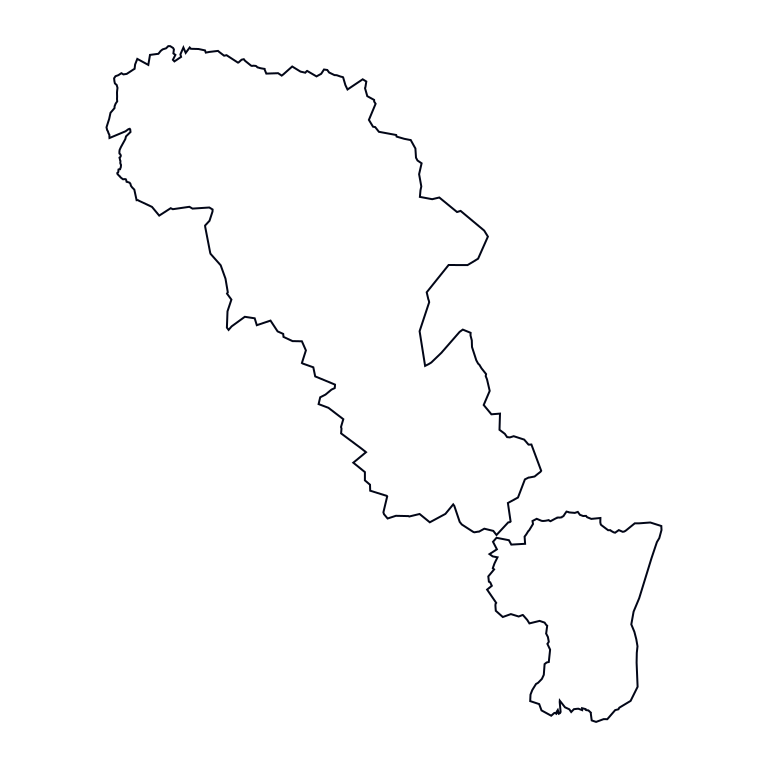 Kauru, Kaduna, Nigeria (Albers equal-area conic projection)
{"feature_id": "59680162B79526209894783", "entity_name": "Kauru", "entity_type": "district", "adm_level": 2, "iso_a3": "NGA", "parent_name": "Nigeria", "parent_adm1": "Kaduna", "projection": "albers", "projection_center": [8.254, 10.219], "detail": "fine", "context": "isolated", "style": "outline", "palette": "ink", "viewbox_px": 768, "rotation_deg": 0, "n_neighbors": 0, "source": "geoboundaries", "source_scale": "gbopen_adm2", "svg_char_len": 5964}
<svg xmlns="http://www.w3.org/2000/svg" viewBox="0 0 768 768"><path d="M484.2,230.6L460.6,210.9L457.0,212.0L439.3,197.5L432.2,199.2L419.9,196.9L420.5,190.2L421.3,186.5L421.3,186.4L419.1,174.2L421.6,163.3L417.5,160.5L416.0,157.7L415.4,148.4L415.2,148.1L414.4,146.7L410.7,140.0L409.7,139.9L404.2,138.8L396.6,136.6L396.2,135.0L378.9,131.8L375.2,127.1L373.0,126.7L368.9,119.9L375.6,103.8L374.2,101.6L374.1,99.9L367.3,96.2L365.0,88.1L365.4,87.2L366.3,81.5L362.7,79.3L347.5,89.5L345.4,85.1L343.1,77.3L342.4,77.0L340.7,76.6L336.7,75.2L334.5,75.1L329.1,72.5L327.3,70.0L324.0,69.5L321.2,73.8L316.5,76.4L307.1,70.9L306.9,71.0L306.3,71.6L306.2,71.7L305.3,72.7L300.5,71.6L292.2,66.5L283.3,74.4L281.7,75.6L278.1,73.2L266.3,73.6L264.7,69.7L264.6,68.9L262.7,68.6L261.5,68.4L259.7,68.0L258.2,67.5L257.5,67.4L257.2,67.1L257.0,66.9L256.8,66.7L256.6,66.5L256.4,66.3L256.1,66.1L255.6,65.9L253.4,65.7L252.1,65.9L251.5,65.8L250.9,65.5L245.3,61.0L244.8,60.5L243.8,59.2L241.6,59.7L238.5,62.5L237.9,62.6L227.0,55.5L226.6,55.2L224.1,55.7L219.4,52.1L218.0,50.9L209.6,51.9L205.8,52.6L205.0,50.4L198.5,49.0L190.9,48.8L189.7,47.5L185.7,52.9L183.4,47.5L180.4,54.4L181.1,56.9L174.4,61.4L172.9,59.8L175.4,54.9L173.4,53.4L173.9,49.4L173.1,48.0L171.4,46.9L170.1,46.1L168.3,46.1L168.2,46.2L166.1,48.3L162.6,49.4L160.6,51.0L158.4,53.8L150.0,54.9L148.3,64.9L137.3,58.9L135.1,64.5L134.6,68.8L133.1,69.7L131.0,71.1L126.7,73.9L123.4,74.4L121.6,73.3L121.4,73.2L118.3,75.2L115.5,76.2L114.1,78.3L114.4,81.1L114.9,83.4L116.7,85.0L117.5,87.9L117.2,90.1L117.0,92.5L117.1,96.9L117.0,99.0L117.2,101.4L115.7,103.5L114.6,106.2L114.5,108.1L110.5,112.8L109.2,118.8L106.5,127.3L106.8,128.6L107.2,130.2L107.9,131.3L108.5,133.2L109.4,134.9L109.4,136.5L109.5,138.0L125.5,131.3L128.4,129.2L129.7,128.8L130.2,129.4L130.5,132.0L126.0,136.4L125.3,139.1L120.8,147.3L119.6,150.0L119.4,151.8L119.4,153.2L119.5,153.6L120.2,154.2L120.6,154.9L120.8,155.6L120.6,156.5L120.2,157.1L119.5,157.6L119.6,158.2L119.9,158.9L120.0,160.1L120.4,160.8L120.4,161.8L120.3,162.7L120.4,163.7L120.9,164.5L121.0,165.3L120.9,166.1L120.8,167.2L120.4,168.2L120.1,169.2L119.3,169.2L118.5,169.5L118.4,170.3L118.4,171.4L118.1,172.4L117.4,172.8L117.3,173.5L117.6,174.2L118.4,175.0L119.0,175.7L119.8,176.3L120.3,177.1L121.7,178.3L123.1,179.3L124.4,179.1L125.7,179.2L126.2,180.1L126.6,181.8L127.9,182.1L129.6,182.7L130.5,184.0L130.9,185.7L132.1,187.4L134.3,189.6L136.6,200.2L137.8,200.1L139.2,200.9L152.0,206.9L159.2,215.6L170.7,208.2L172.8,209.2L189.4,206.8L192.5,208.6L209.3,207.5L212.6,209.5L212.5,211.6L209.5,220.8L205.1,225.5L205.2,226.9L210.2,252.8L210.6,253.9L220.7,265.3L225.5,278.7L227.8,292.3L227.0,293.6L231.4,299.6L227.5,311.3L226.9,327.6L228.6,329.9L231.6,326.4L244.8,316.8L254.7,318.3L256.8,325.2L270.5,320.6L277.6,331.4L283.2,333.9L283.5,336.9L292.5,341.1L301.9,341.3L305.9,350.4L301.9,363.0L302.6,363.5L313.3,367.3L315.2,376.4L335.0,384.6L334.9,386.7L334.7,388.1L331.5,389.6L325.5,394.6L320.2,397.3L318.6,404.1L328.4,407.8L343.3,419.2L341.0,427.0L341.5,428.6L341.1,433.4L362.0,449.0L366.0,452.2L353.3,462.7L364.9,472.1L364.9,480.4L370.0,484.7L370.2,490.7L386.8,495.9L387.2,496.4L383.4,512.3L384.0,514.2L387.6,518.5L395.9,515.8L408.5,516.1L409.2,516.5L419.6,514.0L429.8,522.3L445.4,513.9L453.2,504.4L454.3,505.9L459.7,521.9L461.8,524.5L473.4,532.0L474.4,532.3L478.4,531.6L478.9,531.7L484.3,528.7L493.3,530.9L496.5,535.0L508.2,522.4L509.9,522.1L510.6,521.5L507.9,503.0L518.0,497.5L524.9,479.4L528.7,477.5L529.4,477.5L534.6,476.5L537.8,473.9L540.4,471.9L541.2,470.8L531.4,444.5L529.8,444.6L528.5,444.6L524.2,439.6L513.7,436.2L509.9,437.4L507.1,437.1L504.8,433.8L499.5,429.8L500.0,413.6L491.4,414.3L483.7,405.0L489.7,390.9L487.0,379.3L485.7,376.1L486.1,374.1L481.5,368.3L479.7,365.3L479.5,364.9L478.1,363.6L476.3,360.3L472.0,347.0L471.9,343.8L471.8,340.4L470.5,335.4L470.6,332.8L462.8,329.6L459.6,331.9L441.9,352.2L441.8,352.4L431.3,362.5L428.7,364.1L425.1,365.9L419.6,331.2L429.2,302.2L428.8,300.5L428.3,299.2L426.7,292.3L448.6,265.0L449.2,265.0L467.5,265.1L478.1,258.7L487.9,236.6L484.2,230.6ZM496.5,537.8L493.0,541.8L496.9,549.3L489.5,554.1L492.7,556.4L497.5,557.3L494.5,563.4L492.8,568.2L494.1,569.4L488.3,576.4L488.9,581.7L490.2,582.3L491.8,585.8L487.1,589.6L496.2,602.9L495.6,603.7L495.5,604.4L495.4,605.1L495.5,607.1L495.8,610.8L502.8,617.0L510.9,614.1L518.7,616.5L522.6,615.0L522.9,615.1L523.0,615.1L527.2,619.9L529.4,623.4L539.6,620.9L544.6,622.6L546.2,624.9L547.2,625.7L546.2,633.2L546.1,633.5L547.9,637.0L548.8,641.8L547.4,643.9L550.0,649.4L550.1,649.7L548.8,662.0L546.6,662.5L544.6,664.1L543.8,674.8L541.9,678.9L538.1,682.8L536.0,684.0L532.3,690.0L530.5,694.6L530.2,701.1L539.2,704.1L541.5,710.4L551.2,715.7L554.3,713.0L555.4,712.8L556.3,713.8L557.2,712.9L556.9,711.4L557.8,710.0L558.9,713.7L560.0,713.1L560.3,712.6L560.6,711.9L559.7,702.0L559.8,700.7L565.0,707.3L569.3,709.3L571.2,712.0L573.9,709.2L576.2,708.9L578.3,708.7L579.1,709.0L582.1,710.1L582.1,708.2L585.6,709.1L585.7,709.8L586.2,710.1L588.4,710.4L590.9,712.7L590.8,713.6L591.7,720.4L591.9,720.5L596.1,721.9L603.7,719.1L607.3,719.2L615.2,710.1L618.4,709.3L619.3,707.7L621.1,706.6L630.6,700.9L637.6,686.8L636.6,662.6L636.8,652.8L637.5,646.3L636.3,639.3L634.4,631.9L631.3,624.4L633.6,611.6L639.2,598.2L651.5,558.2L656.9,542.1L659.3,538.1L661.5,530.0L661.3,526.0L650.3,522.5L639.5,523.3L634.8,523.3L626.3,530.2L625.4,530.9L624.0,531.6L622.7,531.8L618.8,530.1L615.1,532.7L613.6,532.3L611.1,530.9L610.4,530.2L608.1,530.2L601.2,525.0L600.7,524.2L600.3,522.3L600.4,518.4L600.4,518.0L591.3,518.9L587.1,517.2L586.0,515.9L583.1,516.0L579.9,514.8L577.8,511.9L574.8,512.9L569.0,512.4L568.6,512.1L566.5,511.6L565.0,513.7L563.4,516.2L562.2,516.7L561.7,517.3L559.7,517.6L558.7,517.5L557.2,517.6L556.9,518.0L555.9,518.3L550.5,521.2L549.3,520.7L548.7,520.1L547.4,520.4L545.3,520.8L542.9,521.0L541.5,520.8L536.7,518.8L532.5,521.0L533.0,524.0L529.1,530.4L528.3,531.1L526.2,534.5L524.6,536.6L525.1,543.8L511.3,544.6L508.9,540.2L496.5,537.8Z" fill="none" stroke="#020617" stroke-width="2"/></svg>